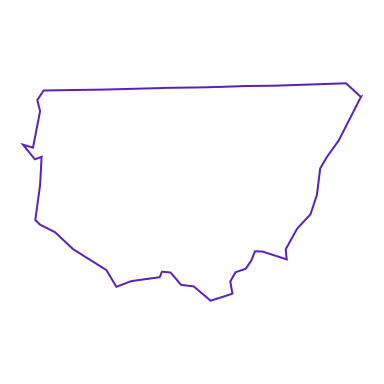 the district of Robertson, Tennessee, United States of America
{"feature_id": "52423323B41638687445391", "entity_name": "Robertson", "entity_type": "district", "adm_level": 2, "iso_a3": "USA", "parent_name": "United States of America", "parent_adm1": "Tennessee", "projection": "orthographic", "projection_center": [-86.862, 36.501], "detail": "fine", "context": "isolated", "style": "outline", "palette": "violet", "viewbox_px": 384, "rotation_deg": 0, "n_neighbors": 0, "source": "geoboundaries", "source_scale": "gbopen_adm2", "svg_char_len": 743}
<svg xmlns="http://www.w3.org/2000/svg" viewBox="0 0 384 384"><path d="M40.1,224.7L55.0,232.2L73.1,249.2L106.4,270.1L116.4,286.8L131.3,281.1L159.7,277.2L162.0,271.7L170.6,272.5L181.1,284.9L193.7,286.4L210.6,300.7L232.4,293.7L230.3,281.4L235.6,272.2L245.7,268.8L251.2,260.7L255.0,251.3L262.3,251.5L286.7,259.4L285.7,249.3L297.1,228.7L310.5,214.3L316.9,194.9L320.2,168.4L326.9,157.0L338.7,140.5L361.0,96.8L360.8,96.9L346.0,83.3L337.2,83.6L336.5,83.6L274.6,85.7L248.6,86.0L246.1,86.0L217.5,87.0L215.7,86.9L214.4,87.0L205.9,87.3L193.7,87.5L163.9,87.9L163.6,88.0L103.2,89.6L74.8,90.0L43.6,90.5L37.3,100.1L40.1,111.2L33.0,147.6L23.0,144.7L34.9,159.3L41.6,156.8L40.1,184.9L35.3,220.0L40.1,224.7Z" fill="none" stroke="#5b21b6" stroke-width="2"/></svg>